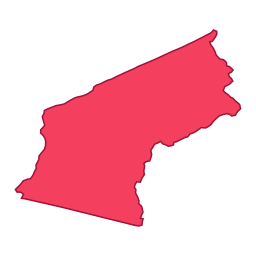 Carmo, Rio de Janeiro, Brazil (orthographic projection)
{"feature_id": "56859067B48461845604566", "entity_name": "Carmo", "entity_type": "district", "adm_level": 2, "iso_a3": "BRA", "parent_name": "Brazil", "parent_adm1": "Rio de Janeiro", "projection": "orthographic", "projection_center": [-42.551, -21.892], "detail": "fine", "context": "isolated", "style": "filled", "palette": "rose", "viewbox_px": 256, "rotation_deg": 0, "n_neighbors": 0, "source": "geoboundaries", "source_scale": "gbopen_adm2", "svg_char_len": 2012}
<svg xmlns="http://www.w3.org/2000/svg" viewBox="0 0 256 256"><path d="M44.4,110.5L43.9,113.7L42.3,116.6L43.5,121.2L44.7,125.3L42.7,127.7L40.7,129.8L40.6,133.0L43.1,135.4L45.0,138.4L45.7,141.9L45.5,145.7L44.3,149.6L41.3,153.0L39.0,156.0L38.9,159.1L37.6,162.0L36.0,164.9L36.2,168.5L34.5,171.5L33.6,173.9L32.2,176.4L30.3,178.8L27.5,179.2L23.3,180.8L20.8,184.1L18.1,186.8L15.4,189.5L17.0,192.1L20.9,192.2L23.5,194.2L21.4,198.4L25.0,198.8L60.5,206.9L135.1,225.4L138.7,226.0L141.9,225.1L142.3,221.8L143.1,218.8L140.5,218.3L141.3,215.8L143.0,212.2L141.7,206.5L138.9,203.7L138.9,200.5L137.5,196.7L135.6,193.1L135.9,189.7L134.4,187.1L135.3,184.0L136.9,181.7L140.3,182.2L142.2,177.8L144.3,174.6L143.8,170.8L144.7,166.1L143.9,163.5L146.1,161.7L149.7,160.9L150.8,158.1L151.7,154.5L150.8,150.4L152.9,147.2L154.5,144.3L158.0,142.8L160.6,141.3L162.8,143.9L165.9,144.9L168.2,146.2L171.1,145.8L173.5,144.9L173.8,142.3L176.6,141.7L179.6,140.1L182.9,138.6L185.2,137.4L187.7,136.9L189.9,134.0L192.6,133.1L195.0,132.0L197.7,130.2L201.2,127.6L205.5,128.0L208.2,126.6L211.0,124.5L213.8,120.9L216.3,118.5L219.1,116.0L222.5,114.7L226.4,113.7L229.7,114.4L231.6,116.0L235.4,115.2L237.5,111.7L240.6,108.8L239.6,104.5L237.1,102.2L234.9,100.5L233.0,98.3L230.7,97.2L227.8,94.5L225.0,92.5L223.2,90.6L224.8,86.6L229.6,84.1L232.8,81.1L231.4,78.5L229.2,76.6L228.5,73.6L231.4,72.1L233.1,70.0L229.6,66.6L226.7,65.9L226.4,62.4L223.5,59.7L219.7,59.0L217.8,56.8L216.0,54.8L215.3,52.3L213.6,48.7L210.8,44.6L209.6,42.0L212.2,41.4L214.5,38.4L216.8,34.3L216.7,31.3L213.5,30.0L211.2,32.7L193.4,41.9L188.4,44.1L184.8,46.0L181.0,47.7L172.9,51.1L166.5,54.0L162.0,56.1L153.8,59.9L149.0,61.9L143.1,64.4L137.7,66.6L134.7,68.4L132.0,69.5L125.2,72.5L121.6,74.2L117.3,76.2L114.0,77.8L111.1,79.3L108.3,80.0L104.9,81.5L102.0,83.1L99.4,84.2L96.4,85.1L93.9,86.9L92.9,90.3L89.9,92.3L87.4,94.0L83.6,95.6L80.4,96.4L76.7,97.2L73.9,98.3L69.2,100.9L64.5,103.8L61.7,104.6L56.1,105.6L52.2,107.1L47.8,108.8L44.4,110.5Z" fill="#f43f5e" stroke="#9f1239" stroke-width="1.5"/></svg>